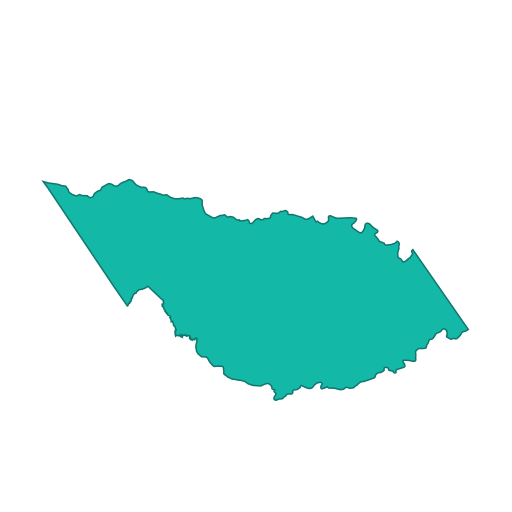 Carauari, Amazonas, Brazil (orthographic projection), rotated 236°
{"feature_id": "56859067B9018125425932", "entity_name": "Carauari", "entity_type": "district", "adm_level": 2, "iso_a3": "BRA", "parent_name": "Brazil", "parent_adm1": "Amazonas", "projection": "orthographic", "projection_center": [-67.33, -5.173], "detail": "fine", "context": "isolated", "style": "filled", "palette": "teal", "viewbox_px": 512, "rotation_deg": 236, "n_neighbors": 0, "source": "geoboundaries", "source_scale": "gbopen_adm2", "svg_char_len": 6090}
<svg xmlns="http://www.w3.org/2000/svg" viewBox="0 0 512 512"><g transform="rotate(236 256 256)"><path d="M282.3,293.8L281.5,291.4L280.9,290.4L279.9,289.5L279.8,288.3L280.8,285.9L282.4,284.1L282.4,281.7L282.9,280.5L285.1,279.4L286.1,278.4L286.3,275.9L286.1,274.5L285.3,272.0L285.4,270.6L286.1,269.5L287.2,269.1L289.7,269.8L291.0,269.2L291.1,267.9L293.8,262.6L294.3,262.2L294.8,262.5L295.4,262.3L296.2,260.7L297.3,259.9L300.2,259.2L301.8,258.1L303.0,256.9L304.1,254.2L305.3,253.6L306.8,253.5L307.9,252.7L308.6,250.4L309.5,249.4L310.5,243.7L311.1,242.3L312.1,241.4L318.2,238.3L319.3,237.9L320.6,237.9L323.3,238.4L328.4,239.9L331.9,242.3L333.2,242.5L334.3,242.0L336.4,240.6L338.2,238.7L338.8,237.5L340.2,233.7L342.5,231.0L342.8,229.5L343.9,228.4L345.0,227.7L346.0,225.3L348.0,221.8L348.7,220.9L351.5,218.6L353.7,217.3L356.6,216.3L358.5,212.8L360.7,211.5L362.8,209.6L366.5,207.0L368.8,203.3L369.7,202.4L373.4,203.0L374.7,202.5L375.7,201.5L377.0,199.4L380.1,197.3L382.4,196.3L387.7,195.7L390.0,193.9L390.5,192.7L390.7,190.0L391.7,186.1L391.8,183.4L391.4,180.9L392.0,179.5L392.5,178.5L393.6,177.6L395.8,176.7L396.8,176.0L397.8,175.1L398.5,174.0L399.1,167.2L398.6,165.7L397.9,164.8L397.5,163.6L398.3,160.9L398.2,158.0L397.9,156.6L396.3,154.1L396.4,152.8L396.9,151.4L398.0,150.5L400.3,149.8L403.5,145.5L405.6,144.1L406.0,141.1L406.8,140.2L410.0,137.9L413.7,136.6L416.4,137.5L417.6,137.2L420.0,137.4L420.9,136.7L422.7,134.5L426.2,131.9L432.9,124.5L436.8,121.2L429.1,121.5L309.0,121.1L286.5,121.4L286.5,122.1L288.0,124.0L287.5,124.6L287.7,125.2L288.5,125.5L288.2,126.5L288.5,126.8L288.5,127.3L289.4,128.2L290.3,128.7L290.3,130.1L290.9,130.2L291.4,130.7L291.7,131.8L292.3,132.2L292.4,133.3L292.8,133.7L292.8,134.8L292.4,135.2L292.3,135.8L293.0,137.1L293.3,138.4L293.2,139.0L293.6,139.9L292.7,141.8L292.7,142.4L292.0,143.0L291.8,144.7L291.5,145.1L291.4,147.1L291.2,147.6L291.4,149.5L272.5,153.7L272.1,154.1L271.4,154.1L270.9,154.4L270.3,154.2L270.1,153.6L268.5,153.1L268.1,152.0L268.6,151.4L268.2,150.9L267.7,151.1L267.3,150.8L267.0,150.4L266.3,150.9L266.1,150.3L265.5,150.7L263.7,150.2L263.0,149.9L261.4,150.4L260.9,150.1L260.8,149.6L260.3,149.8L258.6,149.7L258.5,150.2L257.4,150.3L257.1,149.9L256.2,149.9L254.2,151.2L253.5,151.2L253.0,150.7L253.0,150.0L250.6,150.0L249.2,149.1L249.3,149.6L249.0,150.1L248.5,150.2L248.1,149.8L246.5,149.9L246.0,149.7L245.7,149.3L244.3,148.8L242.8,149.5L241.2,148.7L240.0,148.7L239.6,148.5L239.1,148.2L239.5,147.6L238.5,146.4L237.4,145.8L236.9,146.1L236.3,145.2L234.5,144.6L234.7,145.8L233.8,146.5L233.6,147.1L233.0,147.3L232.7,147.9L232.9,149.1L231.4,148.4L230.1,149.3L231.1,149.5L230.6,150.0L232.0,150.8L231.5,151.2L230.7,151.3L230.0,152.8L230.3,153.4L228.8,153.3L228.2,153.8L228.8,154.1L228.5,154.7L227.7,155.8L227.0,155.8L226.8,156.4L225.6,155.8L225.2,154.9L223.7,155.0L224.4,155.9L223.3,155.7L221.9,156.0L222.3,156.9L222.2,157.3L221.8,157.7L221.0,157.9L220.8,158.4L221.6,159.3L221.2,160.0L221.5,160.4L221.2,160.8L219.7,160.2L218.1,159.0L215.7,156.4L213.4,154.7L213.0,154.8L211.8,154.4L211.3,153.8L209.8,153.4L207.3,153.3L202.9,154.5L199.8,158.6L197.7,158.7L195.2,158.4L192.6,158.4L188.7,159.1L187.7,159.7L186.5,162.0L183.5,166.3L182.2,166.6L180.8,166.1L177.5,164.3L176.5,163.5L175.2,163.5L174.2,164.2L171.6,164.8L167.2,167.5L165.7,169.3L162.9,172.0L162.0,173.3L158.3,176.6L154.5,178.0L150.5,181.0L146.0,186.7L145.5,187.8L144.9,191.5L144.1,193.9L143.4,194.8L142.3,195.6L139.8,196.1L138.6,195.9L137.5,195.2L136.2,195.2L135.2,196.3L134.5,196.7L133.8,195.3L132.7,195.2L131.3,195.7L130.3,195.1L129.6,194.1L129.3,192.8L127.6,190.9L126.4,191.0L125.4,191.7L124.9,192.8L124.9,194.1L124.5,195.2L123.1,197.5L122.9,198.6L123.3,199.9L123.4,202.5L123.9,203.8L123.9,205.1L121.7,208.3L121.8,209.5L122.5,210.4L123.7,211.1L123.8,212.4L122.3,215.4L122.2,216.8L122.4,219.3L123.3,220.1L123.2,221.3L118.4,224.2L116.4,226.0L115.8,227.1L115.4,228.3L115.4,229.4L116.3,231.7L116.6,234.5L116.5,235.8L115.4,238.6L114.5,239.3L113.3,239.6L112.5,238.8L111.9,237.2L111.0,236.4L109.8,235.9L108.8,236.6L108.7,237.9L108.1,239.2L107.9,241.8L106.6,242.1L105.5,242.8L104.8,244.0L102.3,247.3L98.3,250.8L96.9,253.2L96.6,254.5L96.9,257.2L96.0,258.2L93.8,259.8L92.2,263.3L92.7,266.0L92.4,267.4L93.0,269.9L93.0,272.7L91.6,275.4L88.8,285.8L89.1,287.1L90.0,287.9L90.6,289.1L90.9,290.5L90.8,291.8L90.5,292.9L89.7,294.1L89.4,297.1L89.6,298.3L90.8,299.0L91.6,299.9L91.3,301.2L89.3,302.9L86.8,302.3L84.1,305.0L82.7,305.0L81.5,305.5L81.0,306.7L83.0,308.2L83.1,309.4L81.0,316.5L81.2,317.7L83.4,318.8L84.6,318.6L86.1,318.8L87.2,319.6L86.5,321.0L83.8,324.5L80.8,327.4L80.1,328.5L80.0,329.7L80.9,330.7L82.2,331.3L84.2,332.9L87.5,334.8L88.0,336.0L88.3,338.5L87.9,339.9L86.1,342.3L85.0,344.6L84.8,345.8L86.6,347.6L87.6,350.0L89.1,352.0L89.6,353.2L88.6,355.8L89.2,358.1L90.8,361.7L91.0,362.9L90.5,364.1L90.1,366.7L90.9,369.2L90.9,370.4L90.2,371.5L87.8,372.3L85.2,371.4L84.2,370.7L83.4,369.5L82.3,368.8L77.8,371.1L77.4,373.6L75.5,375.3L75.2,376.7L75.9,380.7L77.5,384.2L77.3,385.8L76.4,388.4L76.4,390.9L173.6,389.6L173.3,388.2L172.3,387.3L171.1,387.6L170.1,386.7L168.4,382.6L168.6,381.2L168.1,377.1L168.3,375.8L169.0,374.5L172.7,374.4L175.0,373.0L176.3,373.3L179.6,375.5L181.4,377.5L182.0,378.5L184.1,379.7L185.9,381.6L187.1,381.9L188.3,381.8L189.4,381.2L189.0,379.9L188.9,378.5L189.9,374.4L192.5,369.5L193.7,369.2L195.0,369.4L199.3,366.4L200.5,366.6L204.5,366.4L205.8,366.0L207.4,366.2L207.9,367.3L207.7,369.9L208.5,371.0L209.7,371.0L214.5,368.9L218.4,368.3L219.9,367.7L220.9,366.7L221.4,365.4L221.1,364.2L218.3,361.5L216.9,358.9L216.4,357.3L216.4,356.0L217.4,355.0L218.6,354.4L225.0,351.9L226.3,351.9L227.5,352.2L228.5,353.2L228.6,356.0L229.3,358.4L229.9,359.6L231.0,360.2L232.0,359.3L235.3,355.1L241.7,344.6L243.6,342.9L247.5,340.4L248.3,339.4L248.1,338.1L244.8,336.0L244.4,334.7L244.2,333.6L244.4,330.8L245.7,328.8L248.0,327.2L250.5,326.4L250.5,325.1L251.7,324.8L257.3,325.4L257.4,321.3L257.7,319.6L258.1,318.5L258.9,317.5L262.5,315.6L269.9,309.5L271.6,306.9L272.5,306.0L275.0,306.9L277.2,306.0L278.4,302.3L279.3,301.3L279.0,298.8L279.4,297.6L282.3,293.8Z" fill="#14b8a6" stroke="#0f766e" stroke-width="1.5"/></g></svg>